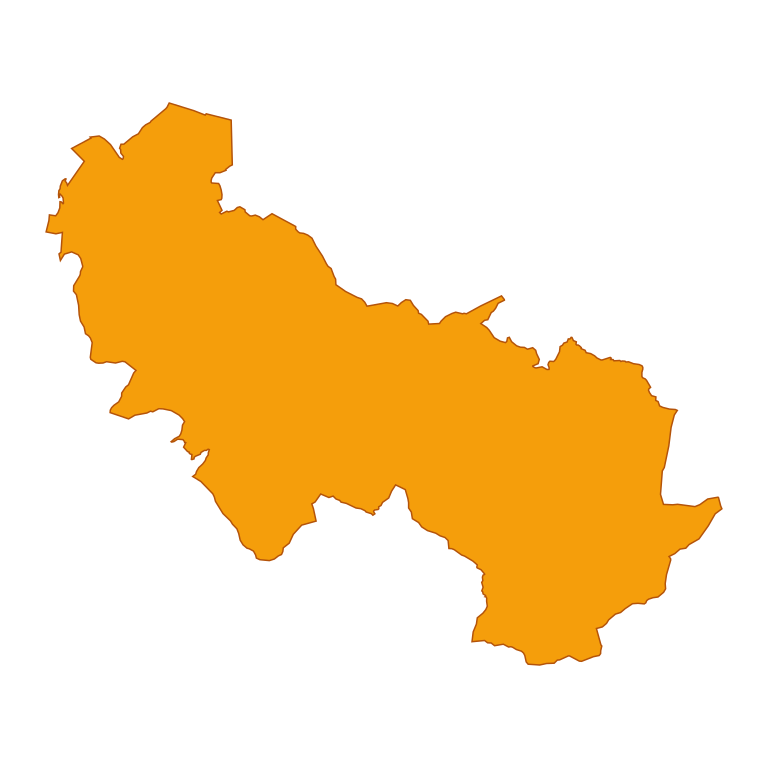 outline of Vetca, Mures, Romania
{"feature_id": "2599482B39536420897954", "entity_name": "Vetca", "entity_type": "district", "adm_level": 2, "iso_a3": "ROU", "parent_name": "Romania", "parent_adm1": "Mures", "projection": "natural_earth1", "projection_center": [24.823, 46.343], "detail": "fine", "context": "isolated", "style": "filled", "palette": "amber", "viewbox_px": 768, "rotation_deg": 0, "n_neighbors": 0, "source": "geoboundaries", "source_scale": "gbopen_adm2", "svg_char_len": 6072}
<svg xmlns="http://www.w3.org/2000/svg" viewBox="0 0 768 768"><path d="M625.2,608.6L632.5,603.7L638.0,603.3L644.3,603.9L645.8,602.8L646.7,600.6L648.5,599.2L653.0,597.7L658.0,597.0L663.6,592.3L665.6,588.8L665.2,583.6L666.5,574.6L670.7,560.1L670.6,558.7L669.0,556.5L674.8,553.6L680.0,549.1L685.8,548.2L689.0,544.6L699.0,538.9L708.3,525.8L715.2,513.8L721.9,508.8L720.7,506.0L718.5,497.6L718.0,497.2L707.7,499.0L699.9,504.6L695.0,506.6L677.6,504.3L672.7,504.8L663.5,504.4L660.5,494.4L662.3,471.0L664.3,467.5L668.8,445.9L671.1,427.4L674.3,415.0L677.3,410.4L675.3,409.5L669.5,409.1L662.8,407.4L659.6,405.9L658.1,401.6L655.7,400.4L655.9,396.9L651.6,395.7L649.5,392.6L648.5,390.2L648.8,389.0L650.6,387.3L646.5,380.3L645.2,378.9L642.9,377.9L641.9,376.6L641.9,372.3L642.8,369.1L642.8,367.3L642.0,365.8L639.1,364.5L633.5,363.7L628.6,361.8L626.0,362.0L625.0,361.2L622.1,361.0L620.9,361.5L619.8,360.5L613.9,360.8L613.1,359.6L610.6,359.5L611.2,358.1L610.2,357.4L602.1,360.0L600.8,359.9L597.0,358.0L594.6,355.8L590.7,353.6L586.2,352.7L585.1,350.3L581.1,348.6L581.3,347.6L579.5,345.9L578.1,345.0L576.6,345.0L576.0,344.3L576.3,341.8L573.4,340.6L572.0,337.5L571.2,337.3L569.9,339.0L568.3,338.9L567.1,342.0L563.8,343.1L562.5,345.2L560.1,346.6L559.5,351.8L555.8,359.2L554.4,360.9L553.5,361.5L549.9,361.2L548.7,362.5L548.0,364.7L549.2,367.9L549.0,369.4L547.0,369.5L542.1,366.8L536.0,368.0L534.8,367.7L532.8,366.5L532.8,365.9L538.1,363.7L539.3,359.4L536.6,353.7L535.7,350.3L532.7,347.7L527.5,349.2L524.4,347.4L520.4,347.2L516.6,345.8L511.6,341.7L509.3,337.3L507.5,337.9L506.8,341.4L505.5,342.6L500.2,341.2L494.2,337.7L489.1,330.1L486.7,327.5L480.8,323.6L484.6,320.3L487.8,319.7L491.2,312.6L493.4,311.1L495.6,308.3L498.1,303.3L504.4,300.2L504.3,299.5L501.5,295.9L480.6,306.0L466.4,313.8L464.0,313.3L462.6,313.8L455.7,312.2L451.9,313.5L445.5,316.7L441.1,321.1L439.5,323.5L428.7,324.1L428.0,321.2L421.4,314.4L418.6,313.2L418.1,310.6L413.4,305.4L410.3,300.3L405.8,299.7L401.3,302.6L397.8,306.0L392.4,303.5L386.4,302.7L367.0,306.2L364.8,302.3L361.6,298.9L357.2,297.4L345.6,291.5L335.9,284.7L335.6,279.1L334.1,276.5L331.1,268.5L328.0,266.3L326.4,263.8L322.4,256.0L315.9,246.1L312.0,238.2L307.8,235.1L303.7,233.4L299.7,232.9L298.1,231.8L295.7,229.2L295.7,226.5L272.0,213.7L263.0,219.7L259.4,216.8L255.3,215.1L251.7,216.0L249.8,215.8L245.2,211.9L244.9,209.7L239.9,206.8L237.3,207.5L234.2,210.4L228.4,211.9L226.9,211.2L221.2,214.0L219.6,212.5L222.0,210.3L217.4,200.5L221.2,199.6L221.8,198.3L222.0,194.7L221.2,190.0L219.9,185.7L218.6,183.5L211.8,183.0L211.2,182.2L211.1,180.7L211.8,178.0L215.3,172.7L220.0,172.7L226.0,170.3L225.6,169.5L229.7,166.2L232.3,164.9L231.2,120.1L206.2,113.8L205.2,115.1L193.7,110.6L169.2,103.0L167.0,107.3L165.7,108.8L151.0,121.1L150.2,122.4L145.7,124.8L142.5,127.5L138.4,133.8L132.7,136.8L123.8,144.2L121.0,144.2L119.6,148.3L120.6,149.5L120.8,153.0L123.5,156.5L123.1,158.7L122.4,159.3L119.3,157.4L110.5,144.6L104.4,139.0L99.2,136.0L90.2,137.1L91.0,138.1L71.6,148.5L84.3,161.3L67.5,185.4L66.7,183.0L65.2,181.1L66.0,179.0L65.2,178.8L62.4,180.8L60.3,186.1L60.1,188.7L58.9,190.6L58.5,194.5L58.8,197.6L59.7,197.2L59.3,194.4L60.0,194.0L62.1,196.2L63.1,198.1L63.5,203.2L63.0,203.7L61.2,201.9L60.0,201.7L59.8,207.9L58.0,212.7L55.7,215.8L49.4,214.9L48.9,220.6L46.1,231.9L55.9,233.8L62.4,232.4L61.0,252.2L59.0,253.9L60.4,260.5L64.4,254.1L71.6,251.9L78.2,254.8L80.7,258.5L82.7,266.1L82.6,267.1L80.5,271.5L80.3,274.1L79.7,275.8L73.7,285.7L73.5,291.1L76.4,294.7L78.6,305.3L79.2,314.8L80.5,321.1L84.1,327.0L85.5,333.7L88.6,335.8L90.3,337.9L92.2,342.6L90.3,357.3L90.8,359.3L96.0,362.8L98.6,363.2L103.1,363.0L106.5,361.7L115.5,363.0L122.3,361.3L125.0,361.8L136.0,370.4L133.7,373.0L128.5,384.8L125.7,387.0L121.7,393.0L121.6,396.4L118.7,401.9L113.9,405.3L111.6,407.7L110.3,410.1L110.1,412.6L128.6,418.9L134.9,415.2L146.9,413.0L150.5,411.2L152.8,411.8L158.8,408.7L163.0,408.9L171.3,410.6L179.0,415.0L182.6,418.6L184.6,421.6L182.5,425.1L181.9,430.1L180.7,434.0L179.2,436.3L174.7,438.6L171.1,441.7L171.7,442.1L173.9,441.6L177.6,439.2L182.9,439.6L184.6,441.7L184.6,442.5L185.7,442.7L183.6,447.2L187.5,451.5L189.3,452.2L189.1,452.9L190.2,454.0L191.9,454.5L191.4,459.4L191.9,459.6L194.0,458.9L194.2,457.3L195.4,456.3L200.3,454.2L201.0,452.4L204.4,450.4L206.3,450.4L208.1,449.2L209.3,449.6L208.3,452.8L208.2,454.9L206.1,458.0L205.4,460.4L202.7,464.0L198.8,467.6L196.5,471.5L195.7,474.2L192.7,476.5L200.9,481.5L212.8,493.8L214.3,496.9L215.5,501.4L223.0,513.6L230.5,520.9L232.5,524.2L236.9,528.8L238.7,533.5L240.2,540.2L243.1,544.9L247.0,548.2L249.3,548.8L253.5,551.1L255.6,555.0L256.4,558.1L259.9,559.7L269.4,560.6L274.4,559.0L278.5,555.8L281.5,554.5L282.8,551.6L283.3,547.8L289.2,543.2L293.3,534.3L301.7,525.1L316.1,521.1L313.4,508.6L311.8,503.9L315.1,502.0L320.7,494.0L328.9,497.5L333.1,496.1L336.0,499.0L339.7,500.4L341.0,502.1L346.4,503.4L356.0,508.0L360.9,508.7L365.0,510.7L366.1,512.0L371.4,513.7L372.9,515.2L374.9,513.8L373.6,511.7L373.8,510.8L374.7,510.0L378.0,509.5L378.8,508.8L378.7,506.8L381.0,505.5L382.5,502.4L388.7,498.0L391.6,491.1L395.6,484.9L405.3,489.6L407.9,498.6L408.6,502.7L408.6,508.0L411.3,512.0L412.4,518.7L418.6,522.5L421.7,526.9L427.5,530.6L435.8,533.2L440.0,535.8L445.0,537.5L448.1,540.5L448.9,548.5L451.8,548.7L454.3,549.7L461.6,555.0L464.6,556.1L472.8,561.0L477.3,564.9L476.8,567.1L477.2,567.9L481.0,569.7L484.6,574.0L484.6,574.4L483.1,575.1L482.4,577.1L482.8,580.6L481.7,582.4L483.1,587.2L481.8,590.9L482.7,591.8L483.1,593.9L485.5,595.5L485.7,596.2L485.1,596.7L486.0,596.9L486.7,598.1L486.6,601.2L487.3,606.2L485.8,609.6L482.9,613.2L477.3,617.8L476.4,624.1L473.2,631.9L472.0,641.7L484.6,640.5L487.6,642.8L491.2,643.0L494.6,645.7L503.3,644.2L508.6,647.0L511.0,646.7L512.9,647.4L516.3,649.5L521.5,651.2L523.5,653.0L524.8,655.5L526.2,661.9L528.1,664.2L539.7,665.0L546.5,663.5L554.2,663.2L557.3,660.1L559.6,659.9L568.4,655.9L569.5,655.9L579.3,661.1L581.6,661.3L593.4,656.7L599.2,655.5L600.6,653.6L600.7,650.7L601.8,646.0L600.9,644.8L596.4,628.5L602.4,626.9L606.5,623.4L608.6,619.9L615.4,614.1L620.6,612.5L625.2,608.6Z" fill="#f59e0b" stroke="#b45309" stroke-width="1.5"/></svg>